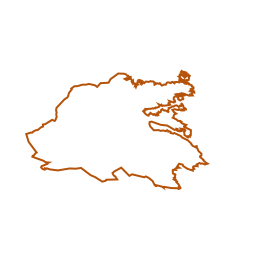 Lyngdal nor, Vest-Agder, Norway, rotated 208°
{"feature_id": "86288312B23771706622322", "entity_name": "Lyngdal nor", "entity_type": "district", "adm_level": 2, "iso_a3": "NOR", "parent_name": "Norway", "parent_adm1": "Vest-Agder", "projection": "equal_earth", "projection_center": [7.039, 58.163], "detail": "fine", "context": "isolated", "style": "outline", "palette": "amber", "viewbox_px": 256, "rotation_deg": 208, "n_neighbors": 0, "source": "geoboundaries", "source_scale": "gbopen_adm2", "svg_char_len": 5863}
<svg xmlns="http://www.w3.org/2000/svg" viewBox="0 0 256 256"><g transform="rotate(208 128 128)"><path d="M204.8,91.1L203.7,89.4L205.1,87.8L206.8,83.8L208.5,82.6L210.2,80.0L210.3,79.0L211.7,78.3L215.0,74.9L209.2,69.1L197.1,63.4L197.8,62.4L198.3,59.6L199.1,58.7L198.9,57.7L187.1,59.4L184.6,59.1L181.8,60.3L182.3,59.6L182.2,58.7L186.4,53.6L186.1,52.3L183.7,51.7L182.0,52.2L182.4,53.4L181.0,53.6L180.8,54.2L177.2,54.9L169.9,57.7L160.5,64.9L154.9,67.6L150.7,70.7L138.9,68.8L134.0,69.2L125.5,68.6L122.9,71.0L122.9,72.1L113.4,77.5L116.5,79.2L118.3,79.4L120.5,80.9L119.7,83.2L115.4,89.8L104.3,86.4L102.7,89.0L90.6,92.1L89.5,93.6L86.4,93.7L81.2,92.7L78.3,90.5L76.5,89.8L76.0,90.0L76.5,90.7L70.5,92.2L68.9,92.0L69.3,92.3L68.2,93.1L61.8,95.2L56.1,98.0L54.8,97.9L53.7,99.1L55.0,99.8L54.3,100.2L57.0,102.0L59.8,102.9L59.6,103.8L63.0,104.1L62.1,104.9L64.0,105.5L63.2,106.6L64.3,107.7L64.1,108.9L64.5,109.3L67.0,109.0L68.7,111.7L68.6,112.3L66.4,113.3L67.3,113.6L66.8,115.0L66.1,115.3L66.3,115.7L64.1,117.0L66.5,117.3L66.1,120.4L62.5,121.3L61.4,120.3L56.4,119.9L50.8,120.8L51.5,121.8L50.3,123.0L52.3,124.0L52.1,125.0L50.1,126.2L50.2,127.1L48.7,127.0L49.3,128.2L50.0,128.4L48.3,130.8L46.8,130.7L45.8,131.6L42.9,131.9L41.0,133.9L43.3,134.0L46.2,134.8L46.3,135.3L50.7,136.2L51.1,136.9L50.3,138.1L51.1,139.8L54.8,140.7L57.3,142.6L59.2,142.8L58.3,143.4L58.8,144.2L59.8,143.3L59.6,142.8L62.3,142.6L64.4,143.3L64.7,143.9L69.4,145.2L75.9,145.0L77.3,145.7L84.8,145.3L85.4,144.3L88.0,143.6L88.4,144.5L89.2,144.7L90.6,143.8L90.8,144.3L92.5,144.4L93.0,143.0L95.6,142.4L98.1,140.7L99.8,140.6L104.2,138.1L109.4,140.0L110.9,141.5L111.7,143.4L110.2,144.7L100.5,146.2L94.5,148.6L86.0,148.2L85.3,149.0L83.8,148.9L84.7,150.1L83.7,150.4L83.0,149.3L81.2,149.1L79.7,150.1L80.9,150.7L80.7,151.2L79.5,151.5L81.0,152.2L77.7,153.3L75.5,152.6L76.8,152.4L77.0,151.5L74.8,148.3L70.5,147.8L70.3,148.3L70.8,149.1L69.5,149.4L69.9,149.8L69.2,150.7L69.8,151.1L69.5,151.7L71.5,155.7L79.2,155.3L79.3,155.9L78.2,157.0L78.7,157.4L78.3,158.0L82.4,157.4L84.7,158.1L85.1,158.4L84.6,158.7L85.2,158.8L87.4,157.7L89.0,158.3L93.2,158.1L92.8,159.0L93.4,160.2L93.4,161.8L92.2,163.3L94.9,163.6L97.3,164.8L95.6,166.5L92.2,167.4L91.4,168.2L91.6,168.6L90.1,168.3L88.1,169.0L87.2,169.6L88.0,169.9L87.6,170.0L87.7,170.6L85.6,171.6L86.0,172.1L88.6,172.3L90.0,173.8L91.9,174.7L92.2,174.1L91.4,173.5L91.3,172.6L92.6,172.0L92.4,171.3L92.9,170.6L95.7,170.8L97.3,169.6L97.8,168.3L99.4,167.7L99.7,166.2L101.4,164.8L101.0,164.4L101.0,162.2L99.9,161.4L100.0,161.0L103.0,161.1L104.6,160.5L105.2,161.0L104.9,160.4L105.6,160.4L106.4,160.9L107.2,159.8L106.7,157.5L107.2,156.5L108.6,156.6L108.3,155.6L109.2,154.7L107.3,153.6L107.7,153.0L109.8,152.9L108.9,152.5L109.3,152.1L110.5,152.3L110.8,152.8L111.1,152.8L111.7,152.4L111.9,151.5L115.3,151.9L115.4,151.3L114.9,151.1L115.8,150.2L115.6,148.6L116.0,148.4L118.7,148.5L122.5,150.0L122.2,151.0L121.3,151.2L121.7,152.9L120.5,153.0L120.7,153.4L116.1,156.2L115.7,156.9L114.5,157.2L113.6,158.4L113.0,158.4L113.0,159.3L111.9,159.7L110.5,161.3L110.5,162.6L111.9,163.3L110.1,163.4L109.7,164.0L109.3,163.4L108.2,163.5L108.1,164.2L106.6,164.6L101.9,168.0L101.9,168.6L103.3,169.2L103.6,168.4L104.0,169.0L103.1,170.6L104.2,171.2L99.6,172.0L99.5,172.9L98.8,173.3L99.7,174.4L100.9,174.5L101.9,176.4L100.2,180.1L101.6,180.2L101.3,180.5L98.2,182.3L98.1,182.9L95.7,182.9L96.4,182.1L95.8,182.1L96.0,181.2L95.6,181.0L98.6,181.2L97.8,180.4L98.6,180.2L98.5,179.3L100.0,179.5L100.3,178.6L98.5,178.5L98.7,179.2L98.3,179.2L97.7,178.4L98.7,178.1L98.0,178.1L97.0,176.9L94.8,176.8L94.0,178.5L92.9,179.2L92.9,179.9L94.5,180.8L94.6,182.0L95.2,182.0L94.4,182.6L95.5,183.0L92.6,183.6L97.7,184.0L93.7,184.1L94.1,184.6L89.3,185.2L88.8,185.5L89.0,186.2L88.1,186.0L86.1,187.1L87.9,188.1L87.4,188.3L88.2,189.6L88.1,190.1L86.1,190.4L86.6,191.2L88.5,191.5L89.4,191.0L89.4,190.2L90.6,189.8L90.3,191.0L90.9,191.8L88.7,193.5L89.3,194.7L90.8,194.9L91.8,194.1L91.2,195.1L91.9,195.7L93.7,195.4L94.8,195.8L95.0,195.2L96.4,196.0L96.4,195.2L97.2,195.2L97.2,194.4L98.8,193.9L100.7,194.4L103.4,193.6L104.0,193.3L104.0,192.4L107.2,191.3L107.5,190.6L109.0,190.5L107.9,190.3L108.1,189.2L110.1,189.7L110.7,189.2L110.1,188.9L110.7,188.9L111.3,187.8L114.1,187.1L115.0,186.1L115.0,183.9L116.7,183.2L117.9,181.4L120.0,181.9L120.3,182.5L121.1,182.4L121.9,181.3L123.3,181.2L124.9,178.6L125.6,179.5L125.3,180.6L127.9,180.9L128.7,180.2L130.1,180.0L131.2,178.5L134.0,177.4L134.7,175.4L136.0,175.8L136.4,174.8L135.9,174.7L136.6,172.7L137.5,172.9L137.9,173.7L139.5,173.9L137.6,174.7L138.2,175.2L138.1,176.2L140.9,175.6L141.4,174.8L140.6,172.2L141.2,171.6L139.6,171.0L140.5,170.2L140.2,167.7L141.3,168.5L141.4,169.4L141.6,169.0L141.7,169.6L142.3,169.7L142.1,170.4L143.8,170.4L144.3,169.6L145.2,171.2L145.2,170.1L145.8,170.0L146.7,170.8L146.4,171.6L147.4,172.4L149.5,172.3L151.7,169.7L153.9,169.8L152.5,171.5L149.5,172.6L149.1,173.6L149.6,174.4L151.3,173.3L152.3,174.2L153.0,173.7L154.8,174.4L156.9,174.1L162.2,171.5L166.4,162.8L166.4,158.9L173.3,154.7L174.5,149.8L177.2,150.2L183.1,148.6L185.5,146.5L188.8,144.7L192.2,141.3L194.9,139.7L196.6,136.2L195.8,135.8L196.6,131.1L196.0,129.0L195.8,126.6L197.5,123.6L200.6,112.2L199.8,109.8L198.4,108.4L197.8,106.4L196.2,104.3L195.8,100.4L196.1,99.8L198.8,99.6L203.0,92.4L204.8,91.1ZM104.3,193.9L98.2,196.1L98.9,197.0L102.0,196.4L99.0,197.2L99.0,197.7L97.0,198.8L97.6,200.8L98.7,201.8L97.9,202.5L98.0,203.0L100.0,202.6L99.7,203.5L100.1,203.7L101.3,203.1L100.3,202.5L101.1,200.8L101.7,200.5L101.1,200.1L101.5,199.0L102.9,199.6L102.7,200.1L104.6,199.7L105.8,200.2L101.9,201.8L102.4,204.3L104.6,203.9L104.5,202.9L103.6,202.5L104.2,201.8L105.3,202.6L105.5,203.4L107.2,203.5L106.9,202.7L107.3,202.5L106.9,202.0L107.3,201.1L106.3,200.0L107.1,199.4L106.6,199.0L107.0,198.2L106.5,197.8L107.2,197.2L105.6,196.9L105.7,196.4L103.2,196.2L105.2,195.1L105.3,194.3L104.3,193.9Z" fill="none" stroke="#b45309" stroke-width="2"/></g></svg>